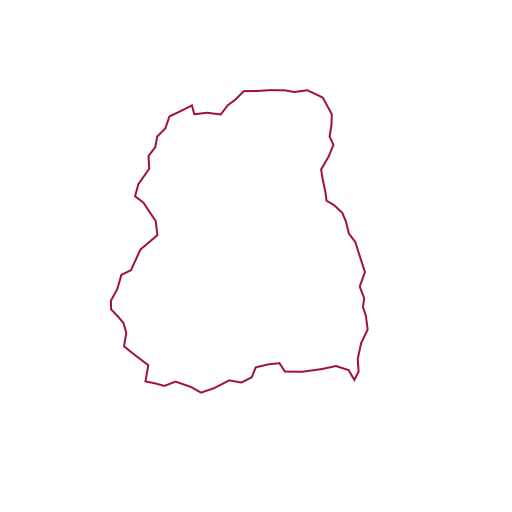 the district of Torre de Pedra, São Paulo, Brazil, rotated 37°
{"feature_id": "56859067B31349975422395", "entity_name": "Torre de Pedra", "entity_type": "district", "adm_level": 2, "iso_a3": "BRA", "parent_name": "Brazil", "parent_adm1": "São Paulo", "projection": "mercator", "projection_center": [-48.213, -23.25], "detail": "fine", "context": "isolated", "style": "outline", "palette": "rose", "viewbox_px": 512, "rotation_deg": 37, "n_neighbors": 0, "source": "geoboundaries", "source_scale": "gbopen_adm2", "svg_char_len": 1146}
<svg xmlns="http://www.w3.org/2000/svg" viewBox="0 0 512 512"><g transform="rotate(37 256 256)"><path d="M159.8,352.0L165.1,365.8L167.0,379.0L172.5,385.9L182.3,387.4L190.6,389.4L198.5,395.3L205.0,407.6L219.5,408.0L235.7,408.0L243.2,422.7L252.4,418.3L261.0,414.9L267.4,404.7L283.0,399.7L294.3,398.2L302.0,386.9L309.4,371.5L320.5,365.8L325.6,355.4L322.8,345.1L331.1,335.1L339.2,327.5L348.7,330.9L362.6,320.6L376.7,306.6L386.0,295.8L398.7,291.4L409.1,295.8L407.5,286.6L399.2,277.0L392.4,262.3L389.4,247.5L379.9,237.8L372.1,232.4L367.7,224.5L357.2,218.0L352.7,203.3L336.6,192.0L327.0,185.1L316.7,182.2L307.0,174.3L298.9,169.6L287.6,168.4L279.0,169.4L272.8,163.0L263.3,154.8L255.9,147.7L254.2,133.1L251.0,120.7L242.9,116.3L237.4,105.9L231.1,97.1L214.0,89.3L197.3,92.7L187.8,102.1L179.7,106.1L167.5,115.0L157.8,123.4L147.1,131.6L145.3,143.9L142.7,152.7L142.7,164.2L130.9,170.9L121.4,179.9L114.2,174.3L109.1,184.7L102.9,196.6L106.8,208.8L105.2,220.1L110.0,229.5L110.0,240.8L118.2,250.6L118.8,269.4L123.5,281.1L133.9,281.1L142.2,284.1L154.8,288.4L164.7,298.7L159.8,320.4L164.7,342.6L159.8,352.0Z" fill="none" stroke="#9f1239" stroke-width="2"/></g></svg>